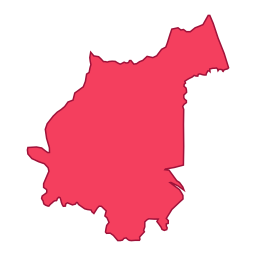 Bakala, Ouaka, Central African Republic
{"feature_id": "33826404B96667764649230", "entity_name": "Bakala", "entity_type": "district", "adm_level": 2, "iso_a3": "CAF", "parent_name": "Central African Republic", "parent_adm1": "Ouaka", "projection": "albers", "projection_center": [20.419, 6.598], "detail": "fine", "context": "isolated", "style": "filled", "palette": "rose", "viewbox_px": 256, "rotation_deg": 0, "n_neighbors": 0, "source": "geoboundaries", "source_scale": "gbopen_adm2", "svg_char_len": 2751}
<svg xmlns="http://www.w3.org/2000/svg" viewBox="0 0 256 256"><path d="M209.8,15.4L208.2,15.4L203.0,24.6L198.5,26.5L195.1,27.8L190.3,31.7L186.4,31.7L183.5,29.5L180.9,30.0L178.0,27.8L171.8,29.1L170.0,34.5L167.3,43.1L165.8,47.1L161.6,49.3L156.7,55.8L152.9,57.6L147.1,56.4L142.8,60.4L139.5,61.7L136.6,63.7L133.8,64.1L130.9,60.5L129.5,60.6L128.9,62.0L128.0,62.8L126.1,63.0L124.1,62.2L121.9,63.4L120.2,64.1L119.2,63.7L116.9,62.5L115.3,61.4L112.2,61.2L109.0,61.5L107.3,62.1L105.2,61.6L103.5,61.6L100.7,58.6L98.6,56.7L93.8,55.9L90.7,52.2L89.8,57.5L90.2,61.0L90.9,64.6L90.0,67.9L89.1,72.5L86.6,74.1L85.4,81.4L83.3,86.8L74.8,93.0L73.0,100.1L68.0,102.0L64.7,106.6L60.8,109.8L57.3,112.1L53.3,116.0L47.2,123.7L45.3,129.3L46.6,138.3L49.4,147.8L49.5,152.5L47.8,152.6L45.2,150.8L41.7,148.0L36.5,147.0L27.9,147.5L27.4,149.9L27.9,154.0L31.9,158.6L38.6,161.7L44.4,163.7L48.1,167.7L48.9,171.3L43.6,183.7L43.6,187.4L46.6,189.6L46.8,191.1L46.6,192.7L45.5,193.6L42.2,196.0L41.6,198.3L42.2,199.7L43.0,200.7L43.6,203.0L44.0,204.1L45.6,205.2L48.1,206.1L49.0,206.0L49.8,204.9L51.0,203.7L52.6,202.4L53.5,201.5L54.9,200.7L56.2,200.7L56.7,200.4L57.4,198.5L58.9,197.2L60.0,197.6L60.7,199.5L61.4,202.4L62.3,204.7L63.3,206.3L65.4,206.1L65.7,204.0L67.4,202.8L72.4,204.9L75.4,204.1L76.5,202.5L77.4,202.6L78.6,204.5L84.7,208.8L87.3,209.5L91.0,210.0L92.0,211.9L93.9,213.5L97.3,208.1L99.1,206.2L101.4,206.3L106.2,210.9L104.9,216.0L107.0,217.8L109.0,222.4L106.7,225.4L106.0,228.6L105.5,232.0L106.5,233.3L110.3,233.2L113.4,235.4L117.8,240.6L120.2,240.6L122.5,240.1L123.9,238.4L126.2,237.9L127.5,239.2L129.2,240.3L131.3,240.6L135.4,240.3L139.4,240.3L139.9,239.5L139.6,237.0L144.4,231.8L143.6,230.3L144.8,226.8L144.8,221.9L146.7,220.0L148.7,218.8L154.0,219.1L158.2,219.1L156.9,221.5L158.8,224.0L161.2,227.4L162.0,229.4L164.3,230.4L166.7,229.6L167.2,227.9L166.3,226.1L166.3,223.9L168.2,223.4L168.3,220.6L166.3,218.4L171.9,209.4L180.1,201.6L183.0,199.0L182.9,195.4L181.2,192.4L179.4,189.6L170.0,182.6L170.9,182.4L178.0,185.9L184.0,190.2L182.8,187.0L179.5,182.5L176.7,180.7L169.0,170.2L164.9,169.7L165.4,169.0L174.2,167.5L183.4,165.1L183.7,146.4L183.5,124.3L183.7,109.4L182.7,106.5L184.0,104.4L186.4,102.6L186.4,100.6L184.7,99.3L183.8,97.7L183.8,95.1L186.6,92.3L186.4,89.8L186.0,88.0L184.0,86.3L184.2,84.2L185.5,83.1L184.8,81.3L186.6,80.0L188.9,78.6L192.4,76.9L194.1,75.4L195.9,76.0L197.8,76.1L198.3,74.3L200.0,73.9L202.1,74.6L204.2,75.0L206.0,75.0L206.5,73.2L207.9,70.9L209.2,70.9L210.0,71.7L210.0,71.0L209.7,69.6L209.7,69.0L212.6,68.3L214.9,68.2L216.5,68.0L217.5,68.9L218.0,70.7L218.8,69.5L220.7,69.4L222.1,69.7L222.6,71.0L223.1,71.4L223.6,70.7L223.9,69.9L224.8,69.6L227.6,68.8L228.6,67.8L224.2,53.6L218.1,38.2L213.2,23.4L209.8,15.4Z" fill="#f43f5e" stroke="#9f1239" stroke-width="1.5"/></svg>